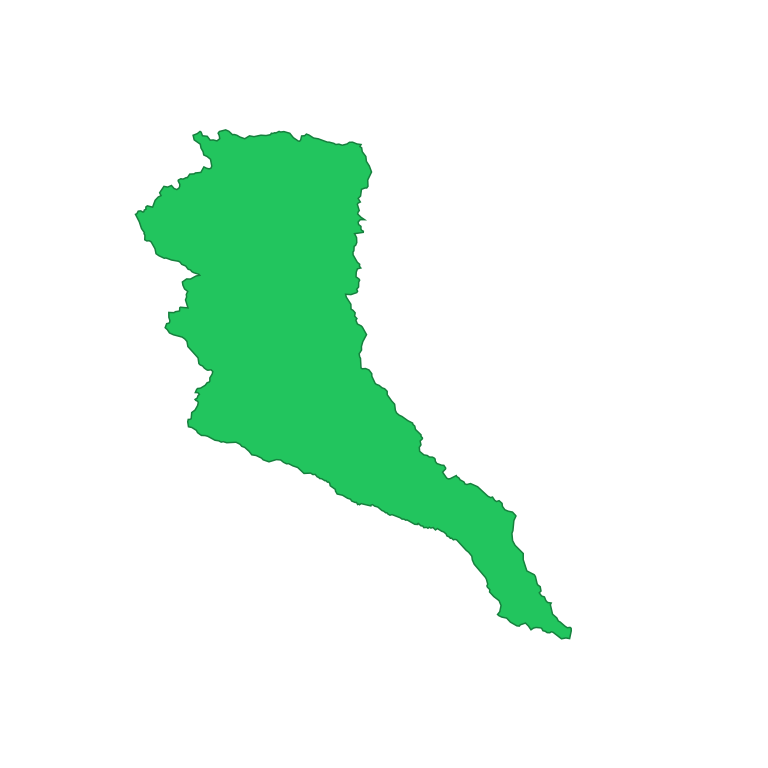 Andahuaylas, Apurímac, Peru (Equal Earth projection), rotated 312°
{"feature_id": "86281439B76349531023919", "entity_name": "Andahuaylas", "entity_type": "district", "adm_level": 2, "iso_a3": "PER", "parent_name": "Peru", "parent_adm1": "Apurímac", "projection": "equal_earth", "projection_center": [-73.404, -13.978], "detail": "fine", "context": "isolated", "style": "filled", "palette": "green", "viewbox_px": 768, "rotation_deg": 312, "n_neighbors": 0, "source": "geoboundaries", "source_scale": "gbopen_adm2", "svg_char_len": 6121}
<svg xmlns="http://www.w3.org/2000/svg" viewBox="0 0 768 768"><g transform="rotate(312 384 384)"><path d="M459.4,92.9L458.4,95.3L456.4,97.8L452.9,97.2L451.1,93.8L448.9,91.7L449.8,86.9L447.0,83.0L448.8,79.6L448.6,78.3L445.1,77.7L441.1,75.7L438.4,79.6L439.3,87.0L436.9,90.1L435.6,94.1L433.6,96.8L434.7,100.3L434.9,104.7L430.7,110.2L428.5,111.0L426.9,110.1L425.6,107.8L424.8,104.9L418.7,106.3L414.6,102.6L413.1,102.3L410.0,99.2L405.8,99.8L405.0,98.9L401.8,97.6L400.6,95.7L398.0,94.7L397.2,95.1L395.8,98.6L394.1,100.0L392.5,100.5L389.9,100.0L388.8,97.2L389.3,93.2L385.6,91.5L383.6,88.2L376.0,89.3L374.8,92.3L371.9,91.1L367.4,91.0L360.6,93.7L358.0,88.9L356.2,88.6L354.6,90.1L352.8,89.5L351.4,90.2L350.4,89.8L349.9,87.4L348.0,85.7L345.1,86.4L343.8,85.8L340.8,93.6L337.3,99.7L336.1,104.7L335.1,105.1L334.6,106.8L331.1,109.7L331.6,112.0L333.4,113.7L333.8,115.9L331.3,123.3L328.3,127.4L328.7,130.8L330.4,136.5L331.8,137.7L334.0,143.2L337.6,149.0L338.1,150.8L337.6,153.6L339.0,157.7L338.2,161.7L339.3,163.9L338.9,165.9L339.5,168.3L341.7,173.1L341.5,174.4L338.6,172.1L332.4,169.9L330.0,167.0L324.9,165.9L322.9,168.4L321.2,172.2L321.5,176.2L318.2,177.2L316.6,179.1L313.7,180.2L309.4,187.4L304.8,181.3L304.0,181.2L301.6,183.1L301.0,182.9L298.2,180.6L296.5,180.2L293.2,176.2L289.6,179.5L287.9,182.4L286.6,183.3L285.4,183.5L283.4,182.1L279.4,183.7L279.4,186.6L278.4,190.4L279.7,194.6L283.8,202.6L284.2,205.6L283.8,209.1L280.6,213.2L279.0,228.3L275.3,232.8L275.2,234.7L276.0,237.1L275.6,239.8L275.9,242.7L276.4,243.9L278.8,245.9L278.7,248.4L276.4,249.7L272.0,250.5L269.7,252.6L268.1,252.7L266.7,251.7L263.4,252.0L260.4,251.1L258.1,250.4L255.8,248.4L254.3,248.5L251.4,249.5L253.0,251.4L252.8,253.7L250.8,253.6L248.5,254.6L246.1,253.9L245.9,255.1L246.5,257.1L245.8,258.5L243.2,259.9L238.2,261.0L234.1,260.2L229.2,263.9L227.9,263.5L226.7,262.2L224.6,263.4L221.4,267.3L223.1,270.3L224.0,275.6L223.1,278.0L223.6,282.7L226.0,285.6L227.2,288.0L229.1,296.0L231.2,299.2L231.9,301.9L233.6,303.1L235.1,306.4L241.7,313.0L242.9,317.4L242.5,320.0L243.7,322.9L243.7,328.9L242.9,333.1L245.3,336.8L247.0,342.6L246.8,344.9L249.2,350.6L255.8,354.6L258.4,358.0L258.6,361.7L259.5,365.0L261.0,366.4L262.2,371.1L264.2,375.7L264.0,384.4L268.7,389.1L269.1,391.7L270.8,393.4L270.3,396.5L270.9,397.9L270.7,399.4L271.9,401.1L272.6,404.9L273.4,405.4L273.2,407.6L274.0,408.3L274.0,410.0L272.4,412.1L273.1,418.4L272.0,419.5L270.9,422.8L273.6,427.6L274.7,433.4L276.0,436.2L275.4,438.2L276.6,441.7L277.6,442.8L276.8,445.1L277.8,445.5L277.9,446.6L279.8,447.0L284.6,455.8L285.5,455.4L286.7,456.2L287.0,458.8L288.4,461.6L288.6,467.2L289.3,468.8L289.4,471.4L290.3,472.3L290.0,473.7L290.5,476.2L292.3,477.3L295.5,485.7L295.6,487.7L296.9,489.2L297.4,491.4L298.4,492.0L300.3,500.7L302.1,503.0L302.8,502.4L303.4,502.8L303.3,506.3L304.4,507.9L303.9,509.7L306.0,511.7L306.2,513.2L307.9,513.5L308.3,515.2L310.2,516.5L310.0,519.9L312.3,520.4L313.2,525.5L314.0,527.2L314.1,530.5L313.2,532.4L314.0,534.9L313.7,536.5L314.7,537.4L314.6,539.8L315.9,540.6L316.8,542.1L315.4,556.3L315.6,559.5L314.8,564.5L312.4,567.3L310.4,571.7L308.1,588.9L307.4,590.8L304.7,595.0L302.8,595.6L302.2,596.9L302.0,600.2L300.1,601.6L299.5,607.8L300.0,614.5L297.7,619.2L292.3,622.4L288.7,622.6L288.7,624.4L289.6,627.5L292.1,631.8L291.6,637.3L293.2,644.6L294.7,646.6L296.2,646.4L301.0,649.1L300.8,653.3L299.7,657.7L302.6,658.4L304.8,659.9L307.6,663.6L307.9,664.7L307.0,667.2L308.1,669.2L308.4,671.6L310.1,673.7L311.8,674.1L312.6,675.7L313.4,686.4L317.0,689.1L319.0,692.3L325.9,688.3L327.7,686.5L327.6,685.1L325.5,683.3L325.1,680.4L325.0,674.2L324.5,672.1L325.8,668.9L325.7,663.3L331.3,655.3L333.1,654.8L331.1,651.7L331.4,649.1L333.1,645.7L331.9,642.9L332.7,639.1L335.2,639.2L337.9,635.7L337.6,632.7L338.1,631.3L342.2,625.4L342.8,623.4L340.7,615.2L346.6,605.0L351.2,600.9L351.8,589.4L353.6,584.4L358.6,579.0L361.3,577.9L369.4,571.9L374.2,570.4L374.4,569.7L374.8,565.2L372.5,561.2L371.4,557.9L372.3,553.9L374.3,551.6L374.3,547.6L371.9,546.2L371.6,544.0L372.6,540.3L370.9,539.2L370.1,536.3L370.3,522.3L367.9,514.9L364.8,512.9L363.9,511.1L364.7,508.9L363.7,504.6L364.3,502.8L363.9,499.9L364.3,499.0L358.1,496.6L356.6,495.5L356.0,493.6L357.7,486.5L362.0,486.6L362.8,486.1L363.6,482.9L362.2,481.1L360.3,476.5L360.9,473.9L362.4,472.2L362.6,471.1L362.1,469.0L360.1,466.6L359.8,463.9L358.0,461.1L357.8,455.6L360.5,452.6L363.5,452.2L365.8,449.0L369.0,449.2L369.7,448.5L369.8,446.7L371.0,445.5L371.3,437.8L373.3,435.0L373.3,432.6L374.1,431.4L372.7,426.2L371.9,419.1L371.0,416.1L370.9,412.8L372.0,410.1L376.1,405.4L376.5,401.1L378.2,393.6L380.7,391.2L380.9,387.6L379.9,385.3L379.7,381.3L378.6,378.5L378.6,376.9L381.6,369.8L383.5,368.0L384.4,363.4L383.1,359.9L380.7,357.6L380.6,356.1L387.4,349.3L387.8,347.9L389.8,345.3L394.2,344.6L396.8,342.1L401.3,339.9L409.0,338.0L411.8,329.8L411.9,328.2L410.8,324.1L412.6,320.4L414.5,320.1L414.8,316.8L417.6,314.9L418.0,311.7L417.6,309.4L421.1,306.0L423.3,297.9L425.0,295.4L428.3,299.6L433.7,302.6L435.3,302.3L436.1,300.3L439.1,300.2L442.8,297.0L444.9,296.4L445.3,295.0L444.9,291.5L448.6,288.5L451.8,287.2L454.7,289.1L455.1,286.9L456.7,285.8L456.6,282.8L459.3,274.6L461.4,272.6L462.8,272.5L466.3,269.7L468.1,270.1L470.9,269.1L474.4,265.7L476.0,261.5L482.8,267.1L483.7,266.4L483.3,264.5L483.6,263.3L485.7,261.4L485.5,258.4L487.0,256.4L490.3,256.4L493.1,259.6L492.5,255.4L492.7,250.7L494.5,249.7L496.3,249.6L499.7,243.9L501.1,243.7L503.4,244.6L504.6,240.6L508.0,240.8L513.6,237.0L516.9,238.7L518.1,240.0L520.2,239.8L524.7,235.4L533.2,232.9L536.2,227.2L537.7,221.9L540.9,218.3L542.1,212.4L544.6,209.3L544.3,207.2L546.6,206.7L544.3,203.3L542.7,198.9L540.5,196.6L537.6,195.9L533.5,193.2L532.1,190.0L529.7,187.9L529.3,185.8L527.1,181.5L525.9,180.2L522.2,171.0L519.7,167.1L518.8,161.6L517.8,159.1L515.4,158.9L513.2,156.8L509.6,158.8L507.9,158.8L507.2,157.8L506.4,151.8L507.3,146.2L504.6,140.7L502.1,138.6L501.5,137.0L498.0,135.6L497.8,134.8L495.8,133.7L495.0,132.5L493.3,132.8L489.7,130.1L486.5,126.0L480.8,121.9L478.4,118.0L473.1,116.4L471.1,111.6L470.4,108.2L469.1,105.6L467.9,104.7L468.0,99.6L466.9,96.3L461.5,92.7L459.4,92.9Z" fill="#22c55e" stroke="#15803d" stroke-width="1.5"/></g></svg>